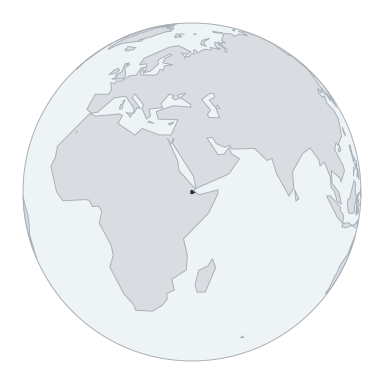 globe centered on Dikhil
{"feature_id": "DJI-1569", "entity_name": "Dikhil", "entity_type": "Region", "adm_level": 1, "iso_a3": "DJI", "parent_name": "Djibouti", "parent_adm1": "", "projection": "orthographic", "projection_center": [42.104, 11.405], "detail": "fine", "context": "on_globe", "style": "filled", "palette": "slate", "viewbox_px": 384, "rotation_deg": 0, "n_neighbors": 0, "source": "natural_earth", "source_scale": "10m", "svg_char_len": 8570}
<svg xmlns="http://www.w3.org/2000/svg" viewBox="0 0 384 384"><circle cx="192" cy="192" r="169" fill="#eef3f6" stroke="#a8b0b8"/><path d="M108.8,44.9L111.9,43.3L101.1,49.7L91.9,56.5L89.3,58.4L86.4,60.2L87.2,59.4L97.8,51.8L108.8,44.9ZM78.2,67.1L77.0,68.2L77.0,68.3L78.2,67.1ZM23.1,196.3L24.9,204.9L27.9,215.1L29.2,225.2L29.5,234.6L36.4,257.6L36.9,259.0L32.2,247.0L28.5,234.6L25.7,222.0L23.9,209.2L23.1,196.3ZM159.0,26.3L157.4,26.6L157.2,26.7L159.0,26.3ZM148.1,29.1L149.6,28.6L152.2,27.9L148.1,29.1ZM163.2,25.5L163.4,25.5L161.0,25.9L161.6,25.8L163.2,25.5ZM167.3,24.9L160.5,26.1L157.1,27.0L154.7,27.5L160.5,26.0L167.3,24.9ZM167.9,24.8L168.9,24.6L167.4,24.9L165.1,25.2L167.9,24.8ZM166.8,25.1L168.4,24.8L166.8,25.1L166.8,25.1ZM175.5,23.9L175.9,23.8L177.2,23.7L175.5,23.9ZM171.4,24.5L169.2,24.8L168.9,24.7L171.4,24.5ZM173.6,24.1L175.2,24.0L170.1,24.6L173.6,24.1L173.6,24.1ZM176.6,23.8L177.5,23.7L176.2,23.8L176.6,23.8ZM173.7,24.7L167.3,25.4L166.7,25.2L173.0,24.5L173.7,24.7ZM273.3,43.9L277.6,47.0L289.4,55.8L289.9,55.0L294.1,57.8L308.1,69.8L321.5,88.1L327.2,94.1L330.1,98.2L330.8,101.2L326.6,95.0L323.8,93.2L321.4,89.6L321.1,93.0L317.5,88.0L319.0,93.6L322.6,97.3L324.2,95.8L327.0,103.4L333.5,110.0L338.4,119.0L341.6,136.5L338.6,142.9L339.2,146.0L335.9,143.1L334.7,149.9L343.5,166.1L344.4,171.2L340.9,182.2L340.3,178.4L331.4,170.8L332.1,183.3L338.9,192.3L341.3,203.9L337.1,201.1L334.3,191.0L331.2,187.9L330.3,177.1L324.5,162.1L320.1,166.0L318.9,159.7L310.1,148.0L302.9,153.3L292.5,171.9L293.8,188.2L289.0,196.0L276.7,173.8L271.9,158.5L267.0,160.4L254.7,148.4L232.1,149.1L229.4,145.2L225.0,147.3L216.4,143.7L212.4,137.4L207.0,138.0L218.0,154.7L223.8,154.2L229.3,147.4L231.2,153.5L239.5,158.6L228.8,174.0L196.0,188.4L193.5,176.2L172.6,143.3L173.7,139.7L173.6,139.3L173.4,138.6L170.7,144.4L167.4,138.1L177.7,160.8L179.1,170.7L195.5,189.1L193.8,191.0L199.3,194.8L217.9,189.8L217.8,193.9L208.6,213.0L183.5,238.8L187.3,255.7L186.3,270.0L171.8,279.2L174.2,290.0L166.8,293.6L167.1,299.5L161.8,305.6L152.6,311.1L135.7,310.3L133.8,304.9L124.0,294.0L109.9,267.1L113.2,255.3L111.3,245.6L99.2,223.1L101.8,211.3L98.8,206.0L92.5,206.6L89.1,200.2L85.4,199.6L62.8,200.8L56.6,191.8L50.9,166.2L55.4,157.2L57.5,146.2L90.1,113.3L95.6,116.2L119.6,113.9L122.4,115.5L118.1,123.5L134.9,135.1L142.1,128.5L158.9,134.9L171.0,135.1L178.0,119.8L158.1,119.1L156.2,111.5L173.3,105.7L190.8,107.2L190.6,104.4L180.7,97.8L186.0,93.0L177.5,95.2L180.0,98.1L174.7,99.8L172.1,97.4L174.1,95.6L169.1,94.2L161.0,103.8L162.7,107.7L149.0,109.0L150.5,116.0L146.4,119.0L142.2,108.5L143.6,104.8L134.9,93.8L132.2,97.6L140.3,108.6L137.2,107.6L133.6,113.7L133.9,108.3L125.8,96.2L114.3,97.9L97.4,112.3L91.2,113.1L86.9,109.4L95.3,94.2L108.4,94.3L111.5,89.7L110.8,82.7L114.8,83.6L116.2,81.1L121.3,81.1L130.4,75.5L135.9,75.3L141.3,68.0L144.8,67.2L140.6,71.5L140.6,74.8L154.5,75.3L157.7,73.8L160.1,69.3L163.6,70.4L164.2,66.0L173.0,64.8L162.7,62.8L165.2,58.3L171.6,55.2L170.5,53.6L160.2,58.7L157.8,61.2L158.6,63.8L150.4,71.2L145.2,72.3L146.8,63.8L139.7,64.7L144.1,58.3L169.3,47.2L178.9,45.7L190.8,51.8L187.5,54.3L181.6,53.1L185.4,58.0L185.9,55.7L188.8,56.8L192.0,53.5L194.2,54.2L193.5,50.0L196.5,50.5L197.0,53.1L204.3,49.3L211.2,49.9L211.7,48.8L210.4,47.4L220.0,49.5L220.0,48.6L216.9,47.6L214.9,45.2L215.0,42.2L218.3,43.1L218.7,44.3L224.5,48.5L225.1,52.0L226.5,52.1L226.8,49.3L219.7,44.1L218.8,42.1L222.7,44.2L221.2,43.2L221.9,42.5L225.6,42.8L221.6,40.4L223.9,33.5L231.3,33.9L234.5,36.2L239.6,34.0L247.6,35.8L244.7,34.6L245.2,33.5L242.7,32.9L241.3,32.3L241.4,30.6L244.0,31.3L242.8,30.9L258.4,36.6L273.3,43.9ZM77.3,130.6L76.1,133.8L77.3,130.6ZM208.5,117.3L219.6,117.9L216.0,108.4L219.9,108.1L217.2,105.2L215.7,107.8L209.3,100.0L214.6,97.4L213.9,93.6L210.2,93.3L201.6,99.4L210.6,110.2L207.5,114.0L208.5,117.3ZM80.7,65.7L76.5,69.5L79.1,66.9L77.5,68.1L81.0,64.6L88.1,59.3L84.3,62.1L80.7,65.7ZM118.4,68.5L119.5,70.1L116.5,72.8L109.6,74.5L113.7,70.4L118.4,68.5ZM121.7,71.9L125.2,63.8L129.7,62.9L126.6,64.6L129.2,64.9L124.9,67.9L125.7,75.6L123.2,78.6L111.7,79.2L116.8,77.1L115.5,75.4L121.7,71.9ZM126.5,49.0L128.1,46.7L135.6,47.5L133.3,49.7L126.2,51.1L124.8,49.4L126.5,49.0ZM135.9,32.6L136.8,32.3L134.4,33.2L134.5,33.1L135.9,32.6ZM129.0,35.2L128.9,35.2L132.8,33.8L135.0,33.0L142.9,30.4L145.0,29.7L154.9,27.2L155.6,27.0L154.8,27.2L152.0,27.9L153.0,27.7L148.3,28.8L148.6,28.9L135.3,33.3L134.7,33.3L127.6,36.5L123.4,38.0L128.1,35.8L119.5,39.6L122.2,38.2L116.5,40.9L124.5,37.1L129.0,35.2ZM172.9,29.6L170.0,29.2L171.2,31.2L166.5,31.5L167.0,31.7L163.0,32.6L158.9,34.3L156.9,34.3L156.2,35.0L153.5,35.8L151.8,36.9L147.8,37.3L145.4,38.7L144.8,38.2L141.8,40.6L142.2,39.0L138.8,40.3L140.2,41.1L122.5,43.3L114.8,46.2L108.0,49.7L109.7,47.2L117.1,42.6L126.9,38.0L134.1,35.8L133.5,35.4L136.8,34.3L135.9,35.1L139.3,33.3L141.8,32.8L150.5,30.1L153.9,28.4L157.2,27.6L157.1,28.0L160.4,27.0L162.4,27.3L164.8,26.9L169.1,27.0L167.5,28.4L170.3,27.8L173.8,28.2L172.9,29.6ZM174.8,24.8L173.9,25.9L171.0,26.7L164.6,26.2L162.2,26.6L158.0,26.9L162.4,25.8L163.2,25.8L165.0,25.5L162.9,25.9L165.9,25.4L167.1,25.5L169.8,25.2L168.8,25.6L174.8,24.8ZM126.5,112.6L128.8,113.1L132.6,113.0L130.4,117.1L126.5,112.6ZM120.7,104.4L123.0,104.0L121.8,109.2L119.4,108.9L120.7,104.4ZM125.2,99.6L123.2,103.6L122.9,101.2L125.2,99.6ZM142.8,71.1L145.3,70.7L145.1,71.8L143.3,73.3L142.8,71.1ZM175.7,37.7L174.5,36.8L175.5,36.5L176.1,34.2L179.6,34.1L180.6,35.4L175.7,37.7ZM174.0,122.3L169.9,125.2L168.4,123.7L170.1,123.0L174.0,122.3ZM148.7,121.1L154.0,123.3L148.0,122.2L148.7,121.1ZM179.7,37.2L179.5,36.2L181.4,36.8L179.7,37.2ZM182.2,34.0L184.6,34.4L180.1,33.8L182.2,34.0ZM242.4,336.0L243.6,337.4L240.9,337.7L242.4,336.0ZM215.7,267.4L205.3,292.0L197.2,292.2L195.1,285.2L198.6,270.3L208.0,265.9L212.4,259.0L215.7,267.4ZM354.3,227.0L355.2,227.1L355.0,227.9L354.3,227.0ZM353.4,224.9L354.7,224.5L352.9,226.7L353.4,224.9ZM355.2,224.3L356.5,222.2L357.1,220.6L356.8,222.3L355.2,224.3ZM352.4,225.4L345.1,227.8L341.8,226.7L343.0,223.6L348.4,222.7L352.4,225.4ZM342.7,223.6L337.1,217.1L326.7,196.1L330.5,195.8L340.8,207.5L340.2,210.1L343.6,215.5L342.7,223.6ZM354.7,205.3L354.1,212.8L350.4,213.5L348.6,212.9L347.3,203.9L348.1,198.9L349.7,198.6L354.0,180.6L355.9,183.8L355.1,191.2L356.5,197.0L354.7,205.3ZM294.6,189.7L298.9,198.9L296.0,200.9L294.6,189.7ZM354.2,168.7L353.5,176.4L353.7,166.5L354.2,168.7ZM353.4,159.7L354.2,163.1L352.9,160.1L353.4,159.7ZM340.7,150.7L339.0,152.0L338.2,149.6L339.8,146.6L340.7,150.7ZM342.1,126.8L344.9,133.7L345.6,136.1L343.5,132.2L342.1,126.8ZM209.7,38.3L204.9,41.2L203.8,44.0L206.8,46.3L200.5,44.6L202.2,40.3L209.7,38.3ZM221.8,33.8L219.0,32.3L221.5,32.5L222.5,32.9L221.8,33.8ZM219.2,33.2L213.4,32.4L212.8,31.3L217.4,32.1L219.2,33.2ZM196.5,33.9L194.8,34.7L193.3,34.1L196.5,33.9ZM331.5,287.3L326.1,293.8L325.6,293.2L329.2,288.2L335.6,274.6L336.2,274.6L340.2,265.0L348.0,253.9L354.7,236.3L355.1,236.2L350.8,249.7L345.4,262.7L339.0,275.3L331.5,287.3ZM356.4,226.4L358.2,219.8L358.6,218.9L356.4,226.4ZM360.9,196.4L360.9,195.6L360.9,194.6L360.9,196.4ZM360.0,204.0L359.9,206.0L359.7,204.7L360.0,204.0ZM360.3,202.5L360.5,203.9L360.2,204.2L360.3,202.5ZM357.3,198.2L357.7,202.5L359.0,198.9L358.0,203.6L358.4,210.7L357.8,213.7L357.6,206.0L356.7,214.7L356.1,214.9L356.2,207.8L357.1,198.7L357.7,194.7L359.7,191.9L357.3,198.2ZM360.5,196.9L360.4,191.8L360.4,188.1L360.6,190.7L360.5,196.9ZM359.0,179.8L357.5,174.3L357.0,177.1L357.4,167.8L358.8,174.5L359.0,179.8ZM356.6,167.1L356.1,169.6L356.1,164.3L356.6,167.1ZM355.6,167.7L354.7,163.7L355.5,163.9L355.6,167.7ZM357.0,167.0L355.7,160.0L356.8,163.9L357.0,167.0ZM352.3,154.7L355.3,160.6L352.8,158.8L349.1,145.7L349.9,144.9L352.3,154.7ZM334.2,102.1L332.0,98.8L331.7,97.8L333.3,100.3L334.2,102.1ZM328.5,92.4L328.8,92.8L330.9,96.5L332.2,100.2L333.5,101.5L336.7,107.3L333.1,102.4L329.7,95.7L329.2,94.1L326.0,89.5L323.7,86.2L319.2,80.9L317.1,78.5L320.1,81.8L328.5,92.4ZM315.0,76.2L314.5,75.7L317.2,78.7L308.6,69.8L309.1,70.2L315.0,76.2ZM306.8,68.0L306.0,67.4L291.6,55.9L288.8,53.8L300.3,62.3L300.1,62.2L303.5,65.1L306.8,68.0ZM239.9,32.0L238.3,31.3L239.8,31.5L239.9,32.0ZM234.6,29.6L233.9,29.8L233.2,29.2L234.6,29.6ZM232.8,30.6L233.0,29.7L234.8,31.1L232.8,30.6Z" fill="#d9dde1" stroke="#a8b0b8" stroke-width="1"/><path d="M191.5,193.4L191.1,193.3L191.0,193.2L191.1,192.4L191.1,192.1L191.0,191.8L191.0,191.6L191.1,191.3L191.1,191.1L191.3,190.9L191.5,190.8L191.6,190.6L192.1,190.7L192.3,190.8L192.8,191.3L192.8,191.7L192.9,192.0L193.1,192.3L193.7,192.4L193.5,192.5L193.5,192.9L193.3,192.9L193.1,193.0L192.9,193.1L192.7,193.2L192.4,193.2L192.1,193.2L191.9,193.2L191.8,193.3L191.7,193.4L191.5,193.4Z" fill="#64748b" stroke="#1e293b" stroke-width="1.5"/></svg>